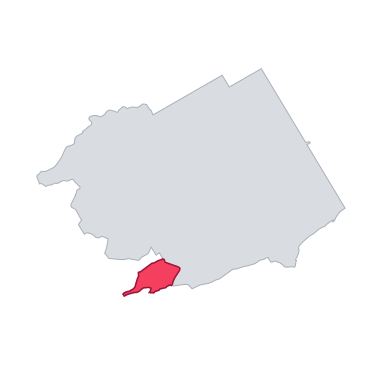 where Blue Nile sits in Sudan, rotated 59°
{"feature_id": "SDN-148", "entity_name": "Blue Nile", "entity_type": "State", "adm_level": 1, "iso_a3": "SDN", "parent_name": "Sudan", "parent_adm1": "", "projection": "equal_earth", "projection_center": [34.239, 11.094], "detail": "fine", "context": "in_parent", "style": "filled", "palette": "rose", "viewbox_px": 384, "rotation_deg": 59, "n_neighbors": 0, "source": "natural_earth", "source_scale": "10m", "svg_char_len": 5302}
<svg xmlns="http://www.w3.org/2000/svg" viewBox="0 0 384 384"><g transform="rotate(59 192 192)"><path d="M246.4,303.6L243.8,303.6L243.5,302.7L243.6,300.4L243.9,298.7L244.8,296.0L244.6,294.5L244.7,292.3L244.0,289.9L237.7,282.9L236.5,281.0L233.1,279.2L233.7,277.3L232.3,263.0L233.0,261.3L233.2,258.8L233.2,256.6L234.0,253.0L234.1,251.4L227.4,251.3L227.3,252.9L227.6,254.6L227.6,255.3L218.3,255.4L222.0,261.0L222.2,263.4L222.0,266.5L222.0,268.5L222.2,269.7L223.2,272.3L223.2,272.7L222.9,273.3L216.3,280.8L215.2,284.3L214.3,286.1L212.3,289.2L206.3,297.2L205.3,297.7L200.7,298.0L200.2,298.2L199.8,298.5L199.7,298.5L195.7,293.8L189.1,288.1L184.7,291.0L183.5,292.1L183.5,294.8L182.8,296.2L181.6,297.7L178.3,298.7L176.6,299.5L174.6,301.1L172.6,303.6L172.5,304.9L172.7,306.1L161.5,306.1L160.8,305.1L159.2,300.9L158.0,301.2L147.8,300.7L146.3,301.1L143.4,302.9L141.9,303.1L140.4,302.3L135.1,294.0L134.0,293.0L132.8,291.0L131.6,290.1L131.2,289.5L131.1,288.6L131.2,286.8L130.8,285.7L130.0,285.4L122.7,287.3L121.7,287.1L120.2,287.4L119.6,287.8L119.0,288.9L118.9,291.2L118.7,292.3L118.1,293.6L116.0,296.4L115.6,297.6L115.6,300.7L115.5,302.3L115.2,303.0L114.3,304.2L113.9,304.9L113.5,308.9L112.4,311.3L112.1,312.2L112.0,313.9L111.8,314.5L108.6,315.9L107.3,316.7L106.6,318.1L106.4,318.7L105.0,318.2L103.2,317.8L99.8,317.4L98.4,316.8L97.8,315.8L98.0,313.4L97.7,312.9L97.2,312.5L96.8,311.4L96.9,310.1L98.7,307.4L99.1,305.9L99.7,298.8L99.6,296.7L98.2,292.8L95.0,286.0L94.2,284.7L90.2,279.1L89.7,278.3L88.7,275.9L89.9,270.8L90.0,269.4L89.7,267.9L88.7,266.8L87.8,266.7L86.6,265.3L85.8,264.7L85.1,263.5L84.7,261.8L85.1,255.7L84.9,254.9L83.9,254.7L83.6,254.2L83.7,253.1L83.2,249.6L82.6,246.8L82.9,245.2L82.1,243.1L80.5,242.1L77.2,242.8L76.2,242.7L75.5,242.3L75.0,241.5L74.8,240.6L75.0,239.2L76.0,236.6L77.2,234.5L79.6,232.6L80.2,231.6L80.6,230.4L80.7,229.1L80.5,227.8L80.3,226.5L79.6,224.9L79.0,222.9L79.0,221.6L79.4,220.6L80.0,219.5L82.4,217.3L84.8,215.4L85.2,214.8L85.1,214.0L84.0,212.5L83.7,209.5L83.1,207.5L84.4,205.9L85.3,205.4L86.7,204.9L87.2,204.3L87.4,203.0L87.4,201.8L87.9,200.9L88.6,199.1L89.2,198.2L91.0,196.0L91.5,194.6L91.6,193.2L91.2,189.0L92.3,187.3L93.6,185.9L95.6,186.0L98.6,185.7L100.6,185.1L102.1,185.1L105.4,185.9L105.7,185.5L105.9,184.4L107.4,106.0L121.0,106.0L121.2,105.8L122.0,69.1L207.2,69.1L208.0,69.0L209.3,65.6L209.9,65.3L210.8,65.5L211.1,66.3L210.3,69.1L284.7,69.1L284.9,73.3L285.5,76.6L287.7,81.4L289.5,84.0L290.2,85.4L290.2,86.1L290.1,86.7L289.6,86.0L288.7,85.5L288.6,87.8L289.0,92.4L289.8,95.6L289.3,98.6L289.4,103.7L290.4,109.7L290.2,113.6L291.8,122.7L293.4,127.7L294.2,129.0L295.2,129.7L297.0,130.1L299.6,132.6L301.8,135.4L302.5,136.8L303.6,138.3L304.2,138.1L304.7,137.7L305.4,138.9L308.7,141.6L309.2,142.9L308.0,144.1L306.7,146.3L306.0,148.2L305.7,148.9L304.6,150.1L304.4,150.7L303.9,151.1L303.4,151.1L302.2,151.8L301.2,151.6L300.2,152.0L299.8,152.4L299.0,152.8L297.9,153.1L296.1,154.8L294.6,155.6L294.1,156.2L293.3,159.6L292.7,160.5L290.5,160.6L289.4,160.8L287.9,160.5L287.2,160.5L287.0,161.2L286.7,164.1L286.8,165.3L285.5,168.6L285.9,174.8L284.7,179.4L284.5,180.4L283.3,184.1L282.7,185.4L281.1,192.3L280.5,194.4L279.2,196.6L280.6,213.0L279.5,218.0L279.6,220.8L278.8,224.9L278.2,226.7L277.2,229.0L276.3,231.5L275.6,234.9L275.1,241.2L274.9,241.8L270.9,242.6L269.6,243.0L268.8,243.7L267.7,245.4L265.7,249.8L264.6,252.6L262.9,256.3L261.0,259.0L260.6,260.3L260.2,262.7L259.5,266.5L258.9,269.2L259.0,271.4L258.4,275.1L258.4,277.0L257.8,278.0L256.8,279.0L256.2,279.2L253.4,276.7L251.4,278.4L250.2,280.9L249.2,283.4L249.8,288.6L249.7,289.7L249.5,291.0L247.6,296.1L247.0,298.5L246.5,302.6L246.4,303.6Z" fill="#d9dde1" stroke="#a8b0b8" stroke-width="1"/><path d="M261.5,257.9L261.2,258.1L260.6,258.6L260.4,258.9L260.2,259.4L260.1,259.8L260.0,260.3L260.0,260.7L260.1,261.4L260.0,262.2L260.1,262.5L260.4,263.3L260.5,263.7L260.4,264.0L258.7,269.2L258.6,269.6L258.8,270.1L259.0,270.5L259.2,270.9L259.1,271.5L258.2,275.1L258.2,275.3L258.3,275.6L258.7,276.0L258.8,276.2L258.7,276.9L258.5,277.3L257.7,278.1L257.5,278.4L257.4,278.7L257.4,278.9L257.3,279.2L257.1,279.5L256.8,279.5L256.6,279.5L256.4,279.7L256.2,280.3L256.1,280.5L256.0,280.4L255.9,280.1L256.0,279.6L255.9,279.3L255.7,279.0L255.3,278.7L253.6,276.7L253.4,276.6L253.2,276.7L251.5,278.3L251.3,278.6L251.0,279.0L250.5,280.4L249.3,282.6L249.2,283.3L249.2,284.1L249.9,288.3L249.9,289.1L249.8,289.9L249.8,290.0L249.6,290.2L249.6,290.3L249.6,290.5L249.6,291.0L249.3,291.8L248.5,292.9L246.7,299.4L246.3,302.2L246.3,303.7L243.9,303.7L243.8,303.4L243.7,302.9L243.6,302.0L243.7,300.6L244.0,298.8L244.9,296.4L245.0,296.2L244.9,295.5L244.8,295.2L244.7,294.6L244.9,293.4L244.9,293.0L244.9,292.5L244.8,292.1L244.2,290.0L244.0,289.7L240.9,286.4L237.9,283.1L236.8,281.2L236.6,281.1L233.4,279.5L233.3,279.4L233.3,279.1L233.4,278.8L233.7,278.0L233.8,277.7L233.9,277.4L233.2,270.4L232.5,263.4L232.5,263.1L232.5,262.9L232.8,262.5L232.9,262.2L233.1,261.6L233.2,261.4L233.4,258.9L233.4,256.8L234.2,253.1L234.3,251.5L234.7,251.1L234.9,251.0L235.2,250.8L235.5,250.7L235.8,250.6L236.2,250.7L237.8,251.2L238.2,251.2L238.5,251.1L248.6,242.8L250.4,241.7L250.9,241.7L251.4,241.8L252.0,242.2L252.5,242.8L253.1,243.7L256.2,250.1L257.9,252.9L259.5,254.9L260.9,256.3L261.0,256.4L261.3,257.1L261.5,257.9L261.5,257.9Z" fill="#f43f5e" stroke="#9f1239" stroke-width="1.5"/></g></svg>